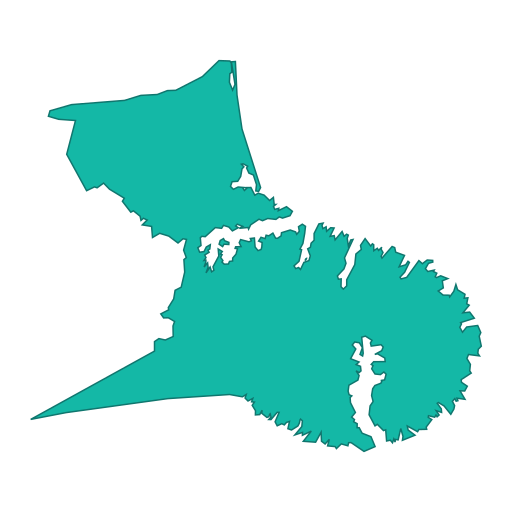 outline of Christchurch City, Canterbury, New Zealand
{"feature_id": "76426892B12142127553015", "entity_name": "Christchurch City", "entity_type": "district", "adm_level": 2, "iso_a3": "NZL", "parent_name": "New Zealand", "parent_adm1": "Canterbury", "projection": "equal_earth", "projection_center": [172.85, -43.646], "detail": "fine", "context": "isolated", "style": "filled", "palette": "teal", "viewbox_px": 512, "rotation_deg": 0, "n_neighbors": 0, "source": "geoboundaries", "source_scale": "gbopen_adm2", "svg_char_len": 6094}
<svg xmlns="http://www.w3.org/2000/svg" viewBox="0 0 512 512"><path d="M50.0,110.8L48.4,116.3L58.7,119.3L75.5,120.5L66.7,154.3L86.6,190.7L94.5,186.9L97.1,187.8L103.6,183.1L109.5,189.2L124.3,198.2L122.4,201.3L130.8,212.2L133.4,210.8L140.1,216.2L141.0,220.4L143.4,218.3L147.2,220.0L142.3,224.9L151.6,226.4L152.5,237.5L159.7,233.3L168.8,236.1L178.0,243.0L183.0,238.8L186.5,239.4L183.6,250.1L186.3,257.6L183.9,259.6L184.7,272.1L181.2,287.2L175.1,290.3L173.7,298.9L168.3,307.6L168.7,309.8L160.8,313.9L163.6,317.9L168.4,317.8L174.6,321.5L173.0,326.0L173.2,336.5L165.3,340.0L158.9,338.6L154.5,341.6L154.5,351.1L30.7,419.4L66.1,412.6L167.8,398.6L229.6,394.5L242.4,396.8L246.2,394.5L245.1,398.1L248.0,401.0L252.8,398.4L251.6,401.8L254.4,402.1L252.2,405.3L255.5,410.7L255.4,414.9L259.7,414.6L262.1,410.2L261.8,413.3L266.9,417.4L268.9,416.7L269.7,414.2L270.2,413.8L271.0,417.2L268.8,419.5L271.0,419.6L277.2,412.3L279.1,412.4L275.1,421.8L277.2,425.8L281.8,423.7L284.3,424.9L286.5,422.4L289.5,421.4L287.9,428.7L291.5,430.0L297.9,426.0L299.4,423.0L300.0,420.0L300.5,419.1L302.4,420.8L301.8,426.6L294.9,434.9L302.5,432.4L302.4,435.3L311.3,431.1L303.3,441.3L315.6,442.2L321.1,432.2L321.5,441.2L325.1,444.0L329.3,439.3L327.6,445.9L335.2,446.6L336.4,448.6L341.3,443.9L347.9,445.8L348.6,442.7L351.1,442.6L364.0,451.4L375.1,446.6L371.0,436.7L362.1,433.2L359.2,427.7L357.1,427.7L357.2,423.7L353.6,421.7L354.5,419.6L351.6,417.1L355.4,412.5L350.5,402.7L350.1,397.5L351.8,395.9L349.1,394.7L348.1,391.2L348.9,385.2L357.9,380.1L359.1,375.5L356.1,370.8L359.1,372.6L361.0,370.9L360.5,366.3L356.1,364.6L359.0,362.0L350.6,358.7L355.8,349.0L352.3,345.0L354.7,342.0L359.4,342.8L362.4,347.7L360.0,354.4L362.6,356.0L363.2,353.3L361.7,337.2L365.4,336.1L372.0,340.3L370.4,343.0L371.2,346.1L381.1,344.7L383.2,347.0L381.7,350.7L374.8,354.4L377.5,353.8L384.8,358.0L385.2,361.6L373.7,361.7L371.2,364.4L373.0,365.6L371.7,368.8L375.0,374.0L380.4,374.6L383.9,372.0L386.1,374.2L384.6,379.9L380.8,380.5L382.0,380.9L380.9,383.2L374.9,385.5L372.7,388.7L371.6,395.5L373.1,401.5L370.1,405.9L369.1,414.8L375.0,425.9L377.3,424.3L383.5,430.6L385.7,429.8L386.6,441.0L390.3,440.2L392.5,442.8L393.8,439.0L395.1,442.1L395.3,439.4L398.1,439.9L400.8,428.5L403.0,436.5L402.4,440.3L415.0,435.2L408.1,430.0L407.3,426.0L417.6,431.7L418.9,429.5L426.7,429.3L426.2,427.1L431.8,419.6L428.2,417.3L428.5,415.7L434.7,417.2L436.0,415.0L437.1,416.8L439.1,415.0L436.1,410.6L441.6,412.4L441.3,408.9L437.2,403.3L438.4,402.5L444.0,405.9L450.8,414.3L453.9,409.0L454.6,405.6L452.4,401.3L454.8,398.6L456.1,401.2L457.9,400.7L457.0,398.2L465.0,399.3L460.0,390.8L464.7,391.0L467.3,386.2L461.5,382.3L461.2,379.6L471.2,373.1L469.7,370.8L470.4,364.4L466.9,358.5L468.5,354.5L479.5,355.9L477.8,353.3L478.3,349.2L481.3,346.2L479.2,336.2L480.8,332.6L477.7,325.5L466.7,327.0L462.5,332.2L459.8,327.3L461.5,323.9L460.6,322.6L474.3,318.2L469.7,312.1L462.9,312.8L469.2,305.2L466.7,303.8L467.9,297.8L464.2,298.2L465.0,294.3L457.6,289.8L455.9,284.5L453.8,291.3L449.7,296.9L449.2,295.2L443.1,295.1L438.2,291.0L443.3,287.9L442.3,280.8L447.8,278.6L440.7,275.8L436.6,277.6L435.2,276.8L436.8,273.2L433.4,271.5L434.2,270.1L427.8,271.5L425.4,268.7L428.5,263.3L432.8,262.1L432.7,260.4L427.2,260.0L422.4,263.7L418.9,260.6L406.7,277.4L401.1,278.9L400.0,277.2L404.6,272.3L409.4,262.4L408.0,261.3L405.7,264.8L399.1,266.8L404.5,255.4L395.7,252.2L394.7,247.6L392.1,246.5L382.0,258.1L381.1,256.3L383.0,252.5L381.0,249.0L381.8,247.2L378.6,250.4L377.3,248.3L373.8,250.7L373.7,244.7L372.4,243.8L370.7,246.0L365.1,238.6L360.5,245.4L361.3,249.5L355.9,254.0L354.8,264.6L346.7,279.8L346.7,285.9L343.3,289.1L341.0,286.7L341.2,278.9L338.4,279.2L337.4,275.9L343.9,269.0L346.0,263.3L344.5,257.9L353.0,239.5L350.7,240.0L348.4,246.0L347.2,238.5L348.3,235.1L346.6,234.2L344.1,236.3L342.1,231.5L335.1,239.9L334.2,235.6L330.1,236.4L334.1,228.0L330.7,227.7L326.6,231.3L326.1,226.8L322.9,228.6L322.0,225.3L323.1,223.1L318.9,223.9L314.1,233.5L314.1,240.3L311.1,243.2L310.4,247.3L307.7,248.8L310.3,255.8L308.9,260.6L303.9,262.4L300.5,269.5L298.6,267.5L295.7,268.6L294.0,265.9L299.0,261.3L301.6,249.7L299.9,249.1L302.9,243.5L304.7,233.4L305.5,226.3L302.3,224.2L298.5,226.7L299.3,231.3L296.7,234.3L295.6,231.9L290.2,230.0L281.5,232.7L281.1,235.9L277.5,238.3L275.6,238.2L272.9,233.1L268.8,235.8L266.1,235.2L265.1,238.6L261.0,237.3L258.6,241.1L262.1,242.5L261.8,247.0L261.1,249.5L258.0,250.6L255.1,247.0L254.4,238.0L250.3,238.5L251.4,240.8L249.0,241.8L240.6,239.6L239.2,242.7L241.1,246.6L235.6,246.8L235.1,248.4L237.5,248.7L236.0,254.2L232.7,258.0L232.6,261.0L229.5,261.4L228.4,264.0L224.3,264.2L222.0,262.1L222.9,260.6L220.6,257.3L222.1,254.7L220.4,254.0L222.3,251.5L218.2,249.0L218.8,256.0L213.0,266.8L213.9,270.3L211.6,271.8L210.1,267.0L206.0,272.9L208.1,267.3L207.6,262.9L204.1,267.0L205.8,262.2L205.9,260.2L204.0,260.5L206.0,257.6L204.7,255.0L209.1,252.3L207.9,250.1L209.8,249.0L210.3,244.7L206.3,247.0L204.0,251.6L199.6,252.2L197.8,247.7L201.0,245.5L200.3,237.7L201.9,236.3L205.2,236.7L215.3,227.6L221.6,228.3L223.5,225.4L228.8,227.0L232.4,230.9L238.3,227.7L235.6,226.0L237.3,224.2L242.8,226.4L239.3,228.3L248.1,227.5L248.6,229.1L250.7,224.8L259.0,219.2L262.5,220.7L267.7,218.5L275.9,219.4L279.3,216.9L282.5,218.1L290.0,215.7L292.4,211.3L286.5,206.7L278.3,210.7L278.8,208.3L274.7,209.4L273.5,206.4L275.7,204.5L274.2,204.6L273.4,197.4L269.6,200.5L264.1,195.1L258.2,193.2L254.8,195.2L250.9,187.5L245.2,187.6L247.1,188.0L244.4,190.5L242.5,187.6L245.1,187.6L238.1,187.0L233.4,189.3L230.5,186.4L232.1,181.7L237.7,181.3L240.7,176.4L242.0,168.9L243.9,166.8L241.4,164.2L243.1,163.8L247.7,166.2L246.6,168.0L248.9,173.1L253.4,175.0L256.5,184.7L255.8,190.9L258.6,191.4L260.6,187.6L242.0,129.0L237.0,95.1L235.4,61.5L231.4,61.8L235.0,84.4L232.6,90.1L229.4,82.3L229.8,73.7L231.9,72.2L231.3,63.1L229.9,61.0L219.0,60.6L202.4,76.6L175.8,90.3L167.4,90.6L157.3,94.5L140.8,95.4L124.6,100.4L71.6,104.6L50.0,110.8ZM224.6,240.7L223.5,238.6L220.2,240.5L219.1,244.2L222.6,246.6L224.0,244.2L228.8,244.5L228.9,242.4L224.6,240.7ZM305.0,260.6L306.5,258.8L306.5,258.5L305.7,259.0L305.0,260.6Z" fill="#14b8a6" stroke="#0f766e" stroke-width="1.5"/></svg>